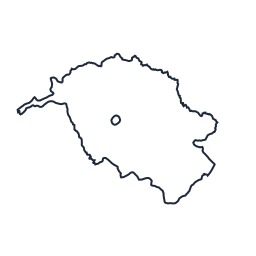 the district of Dibaya, Kasaï-Occidental, Democratic Republic of the Congo, rotated 137°
{"feature_id": "63176286B23998883625218", "entity_name": "Dibaya", "entity_type": "district", "adm_level": 2, "iso_a3": "COD", "parent_name": "Democratic Republic of the Congo", "parent_adm1": "Kasaï-Occidental", "projection": "mercator", "projection_center": [22.801, -6.389], "detail": "fine", "context": "isolated", "style": "outline", "palette": "slate", "viewbox_px": 256, "rotation_deg": 137, "n_neighbors": 0, "source": "geoboundaries", "source_scale": "gbopen_adm2", "svg_char_len": 5820}
<svg xmlns="http://www.w3.org/2000/svg" viewBox="0 0 256 256"><g transform="rotate(137 128 128)"><path d="M146.5,42.1L144.5,40.6L143.0,40.6L141.3,40.4L138.4,41.5L135.8,41.1L134.7,40.9L132.1,39.5L131.2,39.5L130.1,39.9L128.9,39.6L128.0,40.0L126.3,40.0L121.6,42.4L120.5,42.6L119.0,42.2L117.3,42.4L116.2,42.6L112.0,41.8L109.2,40.5L106.5,42.3L105.6,42.4L104.5,42.0L103.8,42.6L103.4,42.4L103.0,41.1L102.1,40.1L101.9,39.5L102.1,38.9L100.2,39.1L98.5,39.4L95.7,40.1L92.4,41.2L89.5,42.2L89.4,42.7L89.6,46.8L89.7,50.6L89.4,52.4L89.4,56.8L89.6,58.5L89.0,60.6L88.2,61.0L87.0,62.2L86.6,63.4L87.7,64.2L88.6,64.9L90.3,67.8L90.8,69.5L91.0,71.0L90.2,72.8L88.4,73.2L87.0,73.2L86.8,72.7L86.1,71.9L85.3,70.9L84.2,70.2L83.7,69.4L83.1,68.8L81.9,68.3L80.4,67.2L79.0,66.7L77.5,67.4L76.0,67.7L75.0,68.3L73.9,68.2L71.8,67.5L70.1,66.6L68.0,66.7L67.6,66.2L66.9,66.2L64.7,67.3L64.7,68.0L64.1,68.6L62.3,69.3L61.7,70.4L60.4,71.0L58.8,71.2L59.0,72.4L58.5,73.8L59.5,76.9L58.4,79.1L58.3,80.0L58.8,82.6L59.5,82.7L59.5,83.2L60.4,84.1L60.4,84.6L61.5,85.9L61.0,86.6L61.9,87.3L63.0,87.4L63.6,87.8L65.1,86.7L65.7,86.5L66.2,86.7L66.6,87.4L66.6,89.3L66.3,91.3L67.1,93.8L67.4,94.4L69.3,96.1L70.1,97.6L70.8,97.8L71.0,98.4L70.4,99.5L69.9,102.0L70.1,102.4L71.0,102.8L70.6,103.5L70.0,105.5L71.6,106.3L72.0,106.0L72.5,106.0L72.5,106.3L72.1,107.8L71.9,107.8L71.7,107.2L71.2,107.7L70.7,108.8L71.1,109.2L71.9,109.6L72.1,110.1L71.3,111.4L70.1,112.6L69.2,113.9L69.4,114.5L69.1,115.6L68.2,116.0L68.5,117.0L68.4,117.7L66.6,121.0L65.9,123.1L64.2,124.0L63.4,124.8L62.2,125.2L61.7,125.6L61.2,126.2L61.1,127.2L59.4,128.7L59.0,129.5L60.9,131.2L61.1,131.6L60.4,132.5L61.4,133.2L62.2,134.2L62.4,135.9L62.1,136.5L63.0,136.9L63.3,137.5L62.8,138.3L62.7,139.3L61.5,140.8L60.9,142.3L62.6,142.7L62.9,143.4L63.6,143.8L64.6,143.9L65.0,144.7L64.9,145.3L65.1,145.7L64.2,146.6L64.1,147.5L64.5,147.7L64.8,148.7L66.7,149.8L67.2,150.4L67.8,151.4L67.8,152.0L69.2,152.7L69.2,153.6L70.4,154.2L70.9,156.2L70.5,158.3L71.0,158.9L70.9,159.8L71.3,160.7L70.9,161.5L71.3,161.8L72.6,162.1L73.2,162.9L74.5,163.2L74.8,163.6L74.3,164.5L74.9,165.7L74.4,166.2L73.3,166.7L73.1,167.2L73.9,169.3L73.0,171.8L73.8,173.5L73.4,175.6L73.9,176.3L75.6,176.0L76.4,176.6L77.1,176.6L78.8,175.1L79.3,175.0L81.7,176.3L83.3,179.1L84.9,181.1L85.4,182.2L84.7,182.9L85.1,184.8L84.3,188.1L85.2,189.7L85.7,189.9L88.3,190.1L89.3,189.2L90.4,189.4L91.4,190.3L91.6,190.8L92.0,191.4L94.2,192.0L95.5,192.8L97.6,193.4L100.0,193.6L102.2,193.9L103.2,193.3L104.1,192.5L104.9,191.6L105.8,191.6L106.3,192.8L107.3,193.3L108.4,197.9L109.0,198.9L109.6,199.2L110.1,200.6L111.1,201.2L111.5,202.3L112.2,202.7L113.5,203.4L115.1,203.2L116.1,204.2L117.8,204.3L119.2,204.9L122.0,207.0L126.2,207.1L128.1,208.3L128.7,209.7L129.6,209.2L130.4,209.1L131.3,208.9L132.0,208.0L133.3,207.5L134.3,207.3L135.3,207.6L135.9,208.4L136.9,208.9L137.8,209.0L139.8,209.1L141.4,209.1L142.1,208.7L142.9,208.0L143.6,207.1L144.7,206.4L145.5,206.5L146.2,207.5L147.0,208.7L147.6,210.2L147.3,211.1L147.1,212.4L147.0,213.4L147.8,215.6L149.0,216.4L150.1,217.1L150.8,216.9L151.6,215.5L152.4,213.8L153.3,212.1L154.5,211.1L155.8,210.0L157.7,209.6L158.5,209.1L159.2,207.4L159.0,206.2L158.7,205.0L158.9,204.2L159.8,203.9L160.7,203.8L161.7,204.3L163.8,205.2L166.8,205.8L169.1,206.7L171.9,207.6L173.4,208.0L174.3,208.7L175.3,209.7L175.6,211.2L175.3,212.6L175.3,214.2L176.4,214.3L178.4,213.9L179.9,213.6L182.1,213.7L183.1,213.8L185.4,214.9L187.7,215.8L189.9,215.9L191.5,216.2L193.2,216.3L194.6,216.5L196.3,216.6L197.7,214.5L197.0,214.3L196.2,214.8L195.9,214.5L197.4,212.4L197.5,212.0L197.1,211.5L197.2,211.2L195.9,210.8L194.7,210.8L193.5,210.7L192.4,210.8L190.8,210.9L190.0,211.3L189.5,211.7L188.3,211.6L187.0,211.0L186.0,210.3L185.2,210.1L184.3,209.9L183.4,209.9L182.4,209.7L181.8,209.2L181.5,207.8L181.0,207.2L180.0,206.9L179.2,206.2L178.6,205.4L178.4,204.9L178.3,204.2L178.1,203.7L177.6,203.1L177.0,202.6L176.4,202.3L175.7,202.1L175.1,202.1L174.4,202.1L173.0,202.1L169.9,201.8L168.4,201.5L166.9,200.8L165.5,199.6L164.5,198.2L163.9,196.3L163.6,195.4L162.3,193.4L161.5,192.1L160.8,191.2L159.7,190.4L158.4,189.8L157.5,189.2L156.9,188.3L156.8,187.7L158.3,185.3L158.9,183.8L159.7,182.6L160.9,181.6L162.7,178.7L163.2,175.7L165.2,171.2L165.0,169.6L165.8,168.1L165.1,166.9L168.2,163.4L168.3,163.0L167.9,162.2L168.1,161.3L167.6,160.4L167.6,159.8L168.0,159.0L167.8,158.2L168.5,156.6L169.8,154.9L170.0,154.3L169.4,153.5L169.5,151.5L171.4,149.1L173.4,147.1L173.6,146.1L173.6,144.0L175.1,141.6L175.6,138.9L175.0,138.4L175.4,137.4L176.0,136.7L175.8,135.9L174.7,135.0L174.3,134.5L174.3,134.1L174.6,133.5L174.7,132.5L175.0,132.3L175.7,132.7L176.3,132.2L176.8,132.3L177.1,132.0L177.0,131.5L176.0,131.0L175.6,130.4L175.8,129.6L175.6,128.5L174.5,127.2L175.2,127.0L175.6,127.2L175.9,126.3L176.4,126.2L177.0,126.4L177.2,126.0L176.3,124.6L176.7,123.7L175.9,123.5L175.8,123.2L173.9,122.2L171.9,122.1L170.5,121.3L169.3,121.2L168.4,121.6L167.7,122.3L167.1,122.7L166.6,122.7L165.8,122.3L165.3,121.9L164.8,121.4L164.2,118.8L164.1,117.3L164.0,116.4L163.9,115.3L163.9,114.0L163.7,112.7L163.3,110.7L162.6,108.8L162.3,107.8L162.1,107.0L162.1,106.5L163.1,105.7L164.0,102.7L164.2,99.6L165.0,99.3L166.7,96.9L166.7,96.5L165.8,95.8L164.4,95.0L163.4,94.7L162.3,94.4L160.2,93.8L158.9,93.6L156.8,93.5L155.8,93.2L155.0,92.6L154.4,91.8L154.3,90.5L154.3,88.4L154.3,87.8L154.2,86.4L155.2,82.6L154.1,81.8L153.0,80.8L150.9,79.9L149.2,79.1L148.0,78.3L147.2,77.5L146.7,76.6L146.5,74.9L146.6,74.0L146.6,73.3L149.7,70.8L149.9,70.3L149.5,69.3L147.8,67.2L147.1,65.0L146.0,63.6L145.5,58.1L146.0,57.3L146.4,56.2L148.2,54.1L151.5,49.1L151.7,48.4L151.5,47.6L150.2,45.6L148.4,44.3L146.5,42.1ZM129.1,145.8L127.8,144.9L127.1,143.2L127.1,142.0L127.6,140.6L128.3,139.2L130.0,138.3L132.3,138.3L134.5,138.8L135.5,139.4L136.2,140.8L136.1,142.9L134.8,145.1L132.7,145.8L130.7,146.0L129.1,145.8Z" fill="none" stroke="#1e293b" stroke-width="2"/></g></svg>